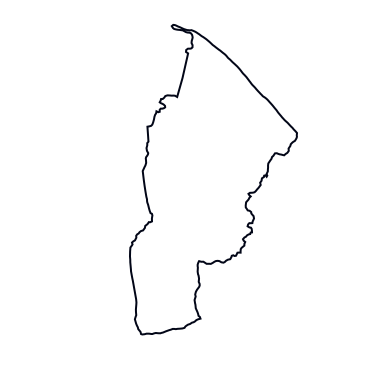 Santo Amaro do Maranhão, Maranhão, Brazil (Robinson projection), rotated 21°
{"feature_id": "56859067B2088980955317", "entity_name": "Santo Amaro do Maranhão", "entity_type": "district", "adm_level": 2, "iso_a3": "BRA", "parent_name": "Brazil", "parent_adm1": "Maranhão", "projection": "robinson", "projection_center": [-43.176, -2.647], "detail": "fine", "context": "isolated", "style": "outline", "palette": "ink", "viewbox_px": 384, "rotation_deg": 21, "n_neighbors": 0, "source": "geoboundaries", "source_scale": "gbopen_adm2", "svg_char_len": 4813}
<svg xmlns="http://www.w3.org/2000/svg" viewBox="0 0 384 384"><g transform="rotate(21 192 192)"><path d="M268.9,99.3L266.9,98.2L264.5,97.1L262.8,96.1L261.3,95.5L259.6,94.7L258.2,94.0L256.4,93.1L254.5,92.4L253.2,91.9L251.9,91.3L250.8,90.7L249.5,90.1L248.0,89.2L246.7,88.5L244.0,87.0L241.5,85.3L239.3,84.1L236.2,82.3L233.9,81.1L232.1,80.2L230.6,79.4L229.2,78.7L227.9,78.2L226.3,77.7L223.8,77.2L222.1,76.3L220.9,75.8L219.7,75.2L217.2,74.0L214.9,72.8L213.5,72.0L211.8,71.2L210.0,70.4L208.6,69.6L207.1,68.6L205.9,67.9L204.5,67.0L203.2,66.2L201.8,65.3L200.2,64.5L199.0,63.9L197.4,63.2L196.0,62.4L194.3,61.3L192.4,60.2L189.3,58.6L186.1,57.3L183.2,56.2L180.2,54.8L178.7,54.3L177.4,53.8L176.1,53.0L174.8,52.3L173.1,51.6L171.0,51.0L169.2,50.4L167.8,49.9L166.1,49.5L164.4,49.0L162.7,48.5L160.5,47.8L158.6,47.3L157.0,46.6L154.8,45.7L152.8,45.0L150.8,44.3L148.5,43.7L146.8,43.3L145.5,43.1L144.0,42.7L142.4,42.2L140.5,41.8L139.3,41.5L137.5,41.2L135.5,41.1L133.5,41.1L132.2,41.8L130.7,42.2L129.3,42.6L127.6,42.7L126.1,42.8L124.3,42.7L121.8,42.5L119.6,42.5L117.6,42.3L116.1,42.3L114.6,42.7L113.7,44.4L115.6,45.8L117.0,46.2L119.2,45.9L120.6,45.6L122.4,45.1L125.6,44.4L129.1,44.9L130.8,44.7L132.7,44.1L134.1,44.2L135.6,45.1L136.6,46.4L137.3,47.7L137.5,49.5L137.6,51.0L138.2,53.1L139.9,54.7L140.6,56.7L140.0,58.1L139.0,58.8L136.8,59.7L135.7,61.5L136.2,63.4L138.7,64.0L141.7,84.8L142.3,88.9L144.1,108.6L141.7,108.2L140.2,108.6L138.6,109.3L136.8,109.8L134.4,110.6L132.7,112.0L132.3,113.8L131.3,115.7L129.8,116.3L130.0,118.0L129.7,119.8L130.9,120.2L133.1,120.3L134.5,120.6L136.0,121.3L136.6,122.6L135.7,123.9L134.3,124.9L132.9,125.4L132.4,126.9L133.1,128.7L131.9,129.6L129.9,129.4L130.3,131.4L129.9,133.3L130.0,135.3L130.5,137.9L130.8,141.0L130.8,143.3L130.2,144.8L128.8,145.9L127.0,147.0L131.1,155.8L133.3,160.6L132.7,162.4L133.5,164.4L133.8,167.3L135.2,169.7L137.2,171.4L137.4,172.7L137.2,174.1L136.7,175.8L136.8,177.1L137.8,179.1L138.8,181.3L139.0,184.0L138.8,185.4L138.5,190.1L141.5,195.8L143.1,198.8L145.4,203.0L148.2,207.9L151.1,212.8L152.6,214.9L153.3,216.6L154.1,217.9L155.5,219.5L157.8,222.8L159.3,224.8L160.9,226.6L162.4,226.7L163.4,228.0L164.1,231.2L165.2,233.8L163.7,235.3L162.5,235.6L162.0,237.9L160.5,240.4L160.9,242.4L160.1,245.4L158.4,246.7L157.4,248.4L157.1,249.8L156.0,251.2L155.6,252.9L156.4,254.6L156.1,257.6L154.9,259.1L154.1,260.7L155.3,262.3L155.0,263.7L154.4,265.9L155.5,269.6L157.2,274.4L158.6,277.3L159.6,279.8L162.8,286.3L163.5,287.9L167.1,293.8L168.6,296.1L175.6,307.7L178.2,312.0L179.7,315.0L180.4,317.2L181.7,321.7L182.7,324.1L184.1,327.0L184.1,328.5L184.3,331.3L187.0,334.9L188.5,336.5L189.9,337.7L191.0,339.3L194.0,341.0L195.4,342.9L196.7,342.8L198.8,341.7L200.4,340.5L201.7,340.0L203.2,339.5L204.7,339.2L206.0,338.7L207.1,337.7L208.7,336.6L210.2,336.2L211.6,335.8L213.0,335.3L214.1,334.4L215.3,333.6L217.7,331.3L219.0,330.2L220.4,329.0L221.5,328.2L223.0,326.8L224.5,326.2L226.1,325.8L227.6,324.9L229.8,323.9L232.0,322.8L233.7,321.5L234.0,320.0L234.8,318.7L235.8,317.3L237.5,315.9L238.8,314.0L240.2,313.0L241.2,311.7L242.0,310.0L243.4,308.6L245.3,307.2L244.1,305.8L242.5,305.3L241.3,303.5L240.1,302.1L238.8,300.8L237.2,299.2L236.3,297.4L235.6,296.0L234.7,294.7L233.1,291.9L232.9,288.3L231.7,286.5L231.4,283.8L231.7,281.5L232.7,278.0L232.7,276.6L232.1,275.1L230.5,273.5L229.6,270.3L228.1,267.7L227.1,266.6L225.8,264.3L224.6,260.5L223.8,259.1L223.3,257.7L223.2,255.6L223.4,254.0L225.7,253.8L227.6,253.0L231.3,253.8L233.5,253.0L235.4,252.3L236.8,250.7L238.0,249.0L239.2,247.8L240.8,247.0L242.5,246.7L244.6,247.1L246.7,246.7L247.7,245.6L248.4,244.0L249.7,242.4L251.8,241.0L252.1,238.8L252.0,237.3L253.2,236.3L254.6,236.5L255.9,235.8L256.1,234.1L256.2,232.4L257.4,231.8L259.1,231.2L258.6,229.9L258.0,227.9L258.3,226.4L259.1,225.0L260.1,223.3L259.5,221.6L259.6,219.6L257.8,219.0L256.5,217.8L257.3,215.6L258.4,214.4L258.9,212.8L260.1,211.3L261.4,210.4L261.3,208.8L262.5,208.2L261.9,206.8L260.9,205.0L259.8,204.2L258.3,204.5L256.2,204.1L256.0,202.2L256.7,200.5L258.3,200.0L259.5,199.4L259.2,198.0L259.3,196.3L259.4,194.5L258.1,192.4L256.5,191.6L255.1,190.8L254.4,189.5L252.5,188.9L250.6,189.2L249.2,188.1L247.8,187.2L247.0,185.4L246.2,182.2L247.5,178.7L247.7,176.6L248.4,175.1L246.6,174.4L245.4,173.5L246.4,172.0L247.8,171.4L249.1,170.8L250.5,169.8L251.3,168.1L251.8,166.4L252.6,164.4L253.6,160.8L252.3,158.9L252.9,156.6L252.4,154.2L253.8,152.2L253.5,150.9L254.6,150.1L256.2,151.0L256.4,149.7L255.2,148.5L255.4,145.6L254.7,143.5L254.3,142.0L253.5,140.0L253.0,138.0L253.8,134.5L254.3,132.6L254.2,130.6L255.0,129.1L255.6,126.2L257.3,125.4L258.9,125.5L260.5,125.4L261.7,125.1L263.6,124.9L264.9,124.7L265.8,122.9L267.0,121.3L267.6,118.9L266.6,116.8L267.3,113.8L267.1,112.0L267.7,110.5L268.3,109.3L269.8,107.3L270.3,104.5L270.2,102.9L269.5,101.5L268.9,99.3Z" fill="none" stroke="#020617" stroke-width="2"/></g></svg>